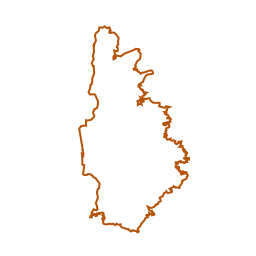 outline of Tulkarm, West Bank, Palestine, rotated 349°
{"feature_id": "87354302B17069565895340", "entity_name": "Tulkarm", "entity_type": "district", "adm_level": 2, "iso_a3": "PSE", "parent_name": "Palestine", "parent_adm1": "West Bank", "projection": "robinson", "projection_center": [35.087, 32.327], "detail": "fine", "context": "isolated", "style": "outline", "palette": "amber", "viewbox_px": 256, "rotation_deg": 349, "n_neighbors": 0, "source": "geoboundaries", "source_scale": "gbopen_adm2", "svg_char_len": 5909}
<svg xmlns="http://www.w3.org/2000/svg" viewBox="0 0 256 256"><g transform="rotate(349 128 128)"><path d="M151.5,85.7L153.4,82.5L155.8,79.9L157.2,79.3L162.6,79.5L163.1,78.8L162.8,76.9L161.9,75.9L159.8,75.8L153.8,76.7L152.7,76.3L151.8,76.5L150.9,77.2L149.0,74.4L148.6,74.5L147.5,73.1L148.1,72.5L148.0,72.0L146.9,72.4L146.5,71.7L145.6,71.9L145.7,71.4L145.0,71.7L144.8,71.0L147.5,69.4L147.0,68.0L149.6,64.4L153.2,62.4L154.6,57.4L152.8,54.3L154.1,53.7L153.7,52.7L150.4,51.7L149.8,52.3L138.8,54.3L134.4,56.3L129.7,54.3L129.1,54.7L129.6,55.9L128.4,56.7L128.8,57.2L126.9,57.7L127.4,55.0L128.7,54.0L129.4,52.7L129.1,51.1L129.4,49.3L131.0,50.4L132.7,50.3L133.2,47.5L132.4,46.5L133.9,44.2L134.5,43.8L134.4,43.4L134.7,41.3L136.0,37.8L134.1,33.6L132.7,31.9L130.6,31.2L129.7,31.4L127.9,31.0L128.2,29.7L128.8,30.0L129.6,28.9L129.0,27.6L129.2,26.3L128.9,25.6L127.2,26.1L126.1,25.8L124.3,23.8L123.9,24.2L121.8,24.7L120.0,23.9L119.0,23.9L117.7,27.2L114.7,28.7L113.2,30.7L113.2,35.8L112.7,37.0L110.9,38.8L111.0,39.5L110.5,39.6L110.3,40.6L109.8,40.8L110.2,41.7L109.6,42.9L109.3,46.6L107.6,49.7L107.1,51.5L107.5,54.2L105.8,55.7L104.9,57.5L105.3,60.5L106.1,60.6L105.3,67.8L102.2,72.8L102.0,75.0L101.0,77.2L100.5,77.6L100.5,78.2L99.3,78.6L99.2,79.6L98.0,82.4L96.1,85.6L97.1,87.9L100.3,88.2L102.0,88.9L103.7,96.4L103.0,98.2L103.1,98.8L101.5,102.3L99.7,103.0L98.8,102.9L98.3,104.1L97.6,104.4L96.9,105.6L96.6,106.8L97.3,109.4L96.3,111.0L92.9,113.0L89.6,112.9L88.3,112.4L87.3,117.7L82.7,117.1L80.0,119.2L79.5,138.2L79.1,140.6L79.4,140.6L79.3,144.9L78.9,145.0L78.7,147.2L78.3,147.1L78.6,144.7L77.8,144.2L77.6,147.6L76.2,155.0L76.5,155.5L78.0,156.1L75.1,164.8L75.6,165.5L77.7,166.2L78.7,166.2L79.8,165.5L82.6,166.4L83.3,167.6L84.1,168.1L84.9,170.1L86.4,170.7L89.6,177.3L88.8,179.0L88.3,181.4L86.7,182.2L85.2,185.4L85.2,190.7L82.0,195.7L82.6,197.7L82.4,201.2L82.6,202.1L81.0,202.8L78.7,201.2L77.5,202.9L76.6,203.4L76.1,204.3L76.4,204.8L73.9,208.4L75.5,208.7L76.1,206.5L78.6,207.1L79.3,208.2L81.0,208.2L81.2,207.2L78.8,206.4L78.7,206.0L81.1,206.8L81.2,206.2L82.1,206.6L82.7,205.9L83.4,206.0L83.0,206.8L83.9,207.0L84.2,206.2L85.8,205.9L87.6,206.6L87.5,207.2L86.4,208.5L87.6,208.9L86.5,210.8L87.7,210.5L88.0,211.6L87.1,213.3L85.5,212.8L85.9,214.1L85.5,216.2L85.7,217.2L86.3,217.7L88.7,218.6L91.4,218.4L92.7,219.1L95.0,219.1L97.1,220.9L98.5,219.8L99.1,220.5L100.7,221.2L102.4,221.3L101.9,222.4L102.8,224.1L107.5,227.0L108.8,227.1L109.0,227.8L110.2,228.5L111.1,230.1L111.8,230.1L113.2,229.2L114.7,230.2L116.8,230.8L117.2,232.1L118.1,232.2L118.9,231.5L118.5,229.9L118.2,229.8L118.4,228.7L119.5,227.7L121.2,226.9L122.8,224.5L126.4,221.8L128.0,219.7L130.3,219.3L129.3,217.1L129.9,216.8L132.0,217.7L132.5,215.5L134.8,217.1L134.9,218.3L137.3,218.1L137.0,216.3L135.6,215.2L135.7,214.0L133.2,213.2L132.4,209.0L134.4,210.5L135.8,211.0L139.0,210.3L139.8,209.2L140.9,209.1L141.3,208.2L143.0,208.3L143.6,206.7L146.2,206.0L146.1,203.8L145.6,202.7L147.3,201.8L149.0,201.8L151.1,198.6L152.7,198.6L153.5,197.5L153.8,198.4L154.9,199.5L158.8,199.3L159.2,198.5L158.8,198.1L158.9,197.2L158.0,197.1L157.3,195.6L158.3,195.6L159.0,195.1L161.7,194.5L162.3,194.9L162.3,194.3L163.2,195.2L167.1,196.6L167.3,195.2L169.3,193.6L171.2,191.2L170.9,190.5L171.2,190.0L175.6,189.0L175.8,188.3L176.5,187.6L176.4,187.2L177.6,186.2L177.5,184.7L176.5,184.1L176.9,182.7L175.8,182.1L174.5,182.1L174.0,181.2L173.5,181.0L172.8,182.5L174.1,183.5L171.6,183.9L171.0,181.9L171.7,180.9L170.7,179.5L170.2,180.1L169.8,179.7L169.6,179.0L169.9,178.5L169.4,177.8L170.6,176.9L170.6,176.1L169.3,175.4L168.4,177.0L167.3,175.6L167.6,174.1L169.0,171.8L168.2,171.0L168.7,170.8L170.1,172.5L171.0,170.8L172.8,170.5L173.1,171.6L174.2,171.2L174.4,171.9L175.7,172.3L175.6,172.6L176.7,173.2L178.2,172.4L179.6,172.6L179.6,171.9L178.6,171.5L179.4,170.8L179.9,171.1L180.5,170.8L180.7,170.0L181.9,170.5L182.1,169.9L181.5,169.7L181.8,168.9L177.9,169.2L176.5,167.9L177.6,168.4L178.5,168.3L179.4,167.4L179.1,165.9L180.2,165.5L179.9,164.6L181.1,164.1L181.3,163.5L180.4,162.4L179.9,163.0L179.0,162.7L178.5,161.8L178.2,160.9L179.4,161.4L179.5,160.1L178.5,160.1L178.5,159.3L177.7,159.2L178.1,157.3L177.7,156.4L178.1,156.4L178.1,155.9L177.1,155.9L176.7,156.5L176.2,156.6L174.9,156.3L175.8,155.7L175.9,155.0L176.1,155.6L176.5,154.9L176.4,154.3L177.9,151.4L174.8,151.3L174.9,152.4L173.0,153.1L172.7,152.5L171.7,152.5L171.0,151.2L171.9,149.9L170.6,148.7L169.0,149.0L167.2,147.7L167.7,146.6L164.7,147.0L164.1,146.7L163.6,144.1L164.9,142.6L164.4,141.9L163.4,142.5L162.6,144.2L161.8,143.7L162.6,142.5L162.6,140.8L164.6,140.3L164.1,138.6L164.6,138.6L165.0,137.7L165.3,137.6L165.0,136.5L166.2,135.2L167.6,135.4L168.9,134.8L168.9,131.9L168.7,131.0L169.2,130.5L168.0,130.4L166.8,130.9L167.3,131.4L166.6,132.2L166.0,132.3L164.6,132.0L164.4,132.3L163.8,131.9L163.3,131.0L163.5,130.5L164.1,130.5L163.8,130.1L164.1,129.9L165.7,130.3L166.2,130.0L166.9,130.4L166.8,130.0L167.4,129.8L170.6,130.1L170.9,129.9L170.5,128.8L171.7,127.5L171.3,126.6L170.5,126.6L170.3,125.8L168.3,126.0L168.3,125.6L168.9,125.3L170.3,125.0L169.6,122.7L168.1,122.2L168.3,121.5L166.9,121.1L167.3,120.0L166.8,119.3L168.6,119.6L168.5,118.8L169.6,118.2L169.6,117.5L170.8,115.7L172.7,115.3L169.5,113.9L168.0,115.3L163.4,113.0L162.7,112.5L163.2,112.1L163.8,109.4L157.6,108.0L155.4,105.5L154.8,102.9L153.3,102.6L151.5,103.2L150.0,102.4L148.9,102.9L148.4,105.1L147.1,105.1L146.6,104.4L145.6,104.4L145.8,107.4L145.4,106.9L144.2,106.7L142.0,107.3L143.0,104.3L142.4,103.9L142.5,103.3L144.6,103.5L145.2,102.9L145.0,102.5L145.2,102.3L145.7,102.5L146.1,101.8L147.4,102.6L146.3,100.4L147.7,101.2L148.0,101.1L147.6,100.5L148.3,99.6L149.3,99.1L150.5,99.1L150.8,98.2L151.6,98.1L151.8,97.3L153.2,96.8L152.4,96.4L150.9,97.1L150.3,96.8L150.4,96.4L150.8,96.4L150.6,95.5L149.8,95.1L149.9,93.6L149.2,92.8L148.5,93.1L147.4,91.2L147.4,89.6L146.2,89.4L146.3,88.4L147.2,87.2L147.7,87.1L148.7,87.9L148.4,86.9L150.2,85.9L151.5,85.7Z" fill="none" stroke="#b45309" stroke-width="2"/></g></svg>